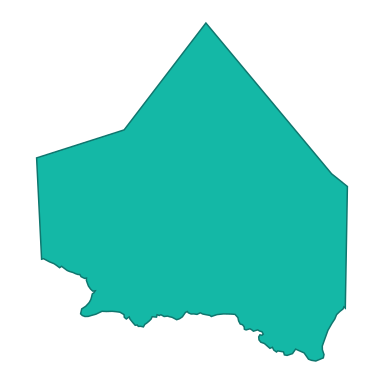 the district of Ngereklengon, Palau
{"feature_id": "81905179B38855830052729", "entity_name": "Ngereklengon", "entity_type": "district", "adm_level": 2, "iso_a3": "PLW", "parent_name": "Palau", "parent_adm1": "", "projection": "albers", "projection_center": [134.514, 7.51], "detail": "fine", "context": "isolated", "style": "filled", "palette": "teal", "viewbox_px": 384, "rotation_deg": 0, "n_neighbors": 0, "source": "geoboundaries", "source_scale": "gbopen_adm2", "svg_char_len": 1783}
<svg xmlns="http://www.w3.org/2000/svg" viewBox="0 0 384 384"><path d="M205.9,23.0L124.1,129.9L36.6,157.9L41.6,259.2L43.6,258.7L49.4,261.8L54.1,263.7L56.7,265.5L59.6,267.7L61.6,266.3L64.1,268.2L67.2,270.5L69.6,271.5L73.0,272.5L75.6,273.7L78.0,274.5L79.8,274.5L81.1,276.7L84.6,278.4L86.5,278.1L86.4,280.5L87.4,283.3L88.4,286.0L90.6,289.1L92.7,291.1L95.2,290.8L93.9,292.8L92.3,293.9L91.5,297.2L90.8,299.6L89.2,302.5L87.4,304.5L85.7,306.3L83.7,307.6L81.7,308.9L80.6,313.8L82.3,315.5L84.9,316.5L88.3,316.4L91.2,315.5L95.9,314.2L102.0,311.3L106.6,311.5L112.2,311.3L116.3,311.7L120.0,312.2L124.0,314.6L124.3,317.3L126.3,319.0L129.2,316.9L130.0,319.1L133.0,322.8L135.2,325.3L137.3,325.0L138.3,326.4L140.6,326.3L143.4,326.9L144.8,324.4L146.7,323.1L149.1,321.1L151.0,319.2L152.2,316.7L156.5,317.1L157.1,314.7L159.3,315.5L160.9,314.7L164.1,316.5L167.6,316.1L169.4,316.7L172.1,317.3L176.7,319.7L179.6,318.7L182.4,316.8L185.4,312.5L187.3,311.5L188.3,312.8L191.1,314.0L193.8,313.9L197.0,314.4L200.3,312.8L202.7,314.0L206.1,314.7L209.9,315.4L211.3,316.5L217.0,314.6L223.5,313.9L228.2,314.0L231.8,314.1L235.1,314.4L236.3,315.8L237.9,317.6L238.6,320.9L240.2,324.0L242.5,324.7L244.1,326.7L244.4,329.3L246.1,329.9L250.0,328.8L251.7,329.8L253.4,331.2L257.7,329.9L259.7,331.1L261.9,331.7L263.3,334.1L261.9,335.3L259.9,334.8L258.7,336.9L259.0,339.9L260.8,342.2L264.4,343.5L269.9,348.3L272.4,347.3L273.8,350.1L276.5,352.0L277.7,350.9L283.5,351.9L284.4,354.9L287.1,355.4L292.5,353.6L295.6,349.1L304.1,352.9L308.5,359.2L311.4,360.3L315.8,361.0L320.7,359.0L323.3,357.9L324.0,354.6L322.4,349.8L322.3,346.1L323.9,341.5L327.9,330.4L331.9,323.4L334.8,319.0L336.6,314.6L339.9,311.4L343.0,309.0L343.9,306.9L345.3,308.1L347.4,186.5L331.6,173.8L205.9,23.0Z" fill="#14b8a6" stroke="#0f766e" stroke-width="1.5"/></svg>